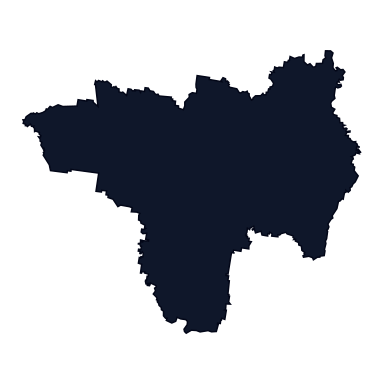 Hilltops, New South Wales, Australia
{"feature_id": "25037944B92973083305975", "entity_name": "Hilltops", "entity_type": "district", "adm_level": 2, "iso_a3": "AUS", "parent_name": "Australia", "parent_adm1": "New South Wales", "projection": "albers", "projection_center": [148.539, -34.416], "detail": "fine", "context": "isolated", "style": "filled", "palette": "ink", "viewbox_px": 384, "rotation_deg": 0, "n_neighbors": 0, "source": "geoboundaries", "source_scale": "gbopen_adm2", "svg_char_len": 5909}
<svg xmlns="http://www.w3.org/2000/svg" viewBox="0 0 384 384"><path d="M24.9,119.8L23.0,119.8L23.7,121.5L23.2,123.4L25.1,124.0L25.4,125.5L26.0,125.0L27.3,126.5L30.5,124.1L31.5,126.3L33.6,126.2L33.1,126.8L34.5,128.4L34.6,131.6L35.8,131.1L39.4,132.5L39.1,133.9L40.9,135.7L40.5,137.1L38.5,136.8L40.1,139.0L40.2,141.3L41.8,142.3L40.9,145.1L43.0,148.5L43.8,148.1L44.4,150.1L43.7,150.1L44.4,151.8L43.4,152.4L44.0,154.1L43.2,155.1L49.3,164.8L50.5,170.6L67.1,172.7L67.4,170.7L70.9,171.2L71.1,169.4L98.7,173.1L96.0,191.3L101.4,192.0L101.7,190.3L106.5,190.9L106.0,194.8L108.3,195.2L108.0,197.5L113.0,199.2L117.9,206.6L120.6,205.1L129.5,206.7L132.2,207.7L131.3,211.8L136.8,212.1L139.9,213.4L138.8,215.2L138.6,220.0L140.7,221.0L141.0,223.1L145.0,225.2L144.5,228.3L145.5,228.5L144.2,229.5L141.7,229.1L141.2,232.1L143.0,233.7L146.7,233.2L145.7,239.3L148.7,239.8L148.5,241.2L143.0,240.7L142.7,242.0L141.8,241.8L142.0,240.3L140.6,240.0L140.5,243.2L138.4,243.5L138.3,244.6L138.7,243.6L139.7,243.7L140.6,246.2L142.1,246.4L141.4,246.5L140.9,249.5L138.6,249.2L138.3,251.1L140.2,251.4L139.9,253.5L140.9,253.7L142.3,251.9L143.3,253.6L142.8,256.9L140.9,256.7L140.7,258.1L139.3,257.5L138.4,263.2L141.7,264.3L140.5,273.0L141.5,273.1L141.7,271.8L144.8,271.8L144.6,273.0L148.5,274.1L148.2,276.4L147.1,276.3L146.6,280.4L145.6,280.2L145.4,281.4L146.0,284.0L147.5,284.2L147.3,285.4L149.5,285.7L149.9,284.9L147.6,284.5L147.8,283.3L150.1,283.7L150.3,282.9L156.1,285.6L156.3,286.8L154.6,288.2L155.5,291.0L153.3,294.0L156.4,297.1L157.1,298.8L156.5,299.8L157.9,300.6L157.3,301.8L158.6,303.3L159.1,305.5L161.3,307.4L161.4,309.7L163.5,311.1L163.5,315.8L165.5,318.2L167.2,318.2L166.3,320.4L171.8,323.0L175.7,321.3L177.1,317.3L180.7,318.9L185.8,319.6L187.5,321.5L187.2,324.7L184.0,329.2L184.5,331.5L186.2,333.2L191.4,330.2L196.4,330.5L200.1,331.9L208.1,330.6L211.5,331.8L216.3,331.5L218.2,324.7L217.4,324.6L217.6,323.1L220.3,323.5L220.7,320.0L221.4,320.1L221.7,318.3L224.8,319.4L226.3,310.2L224.8,309.9L225.6,309.5L226.0,303.9L230.3,304.1L228.6,301.9L229.5,296.2L228.7,296.1L228.9,294.5L227.9,294.3L229.3,280.8L227.9,280.5L228.6,275.9L226.0,275.5L226.2,273.8L228.0,274.1L231.5,252.6L234.6,253.1L233.1,252.6L233.5,250.1L240.9,251.3L241.6,247.8L248.8,248.9L248.9,245.7L251.3,241.7L248.7,241.3L249.2,238.3L247.3,238.0L247.5,236.6L246.4,236.4L246.8,235.1L245.7,234.9L246.9,232.4L247.4,228.2L249.6,229.6L250.2,227.9L253.7,226.2L254.2,228.2L252.2,229.2L252.6,230.0L254.4,229.1L255.5,232.9L261.1,231.2L262.0,235.0L267.7,236.0L267.7,233.6L269.4,233.9L269.7,232.2L272.1,233.6L271.7,236.1L277.9,236.8L278.0,234.7L279.7,235.0L281.1,233.6L286.0,232.3L287.1,233.9L293.3,235.9L293.0,237.4L294.7,238.9L294.0,239.5L295.6,239.5L295.4,241.1L298.6,242.5L298.8,245.0L301.4,246.0L301.9,250.4L304.8,252.5L304.1,253.5L304.8,254.6L303.0,255.8L303.5,257.2L308.9,256.3L312.6,257.7L313.4,259.8L317.4,257.2L319.9,257.1L320.0,256.1L324.2,255.6L325.0,250.8L324.4,249.6L325.9,243.6L325.4,241.1L326.6,238.8L327.6,231.3L326.8,229.9L328.0,229.2L328.9,226.9L327.9,224.0L331.0,219.3L332.8,218.0L332.2,215.7L336.9,208.6L338.5,201.3L340.0,201.0L342.1,198.7L343.2,199.2L344.5,192.6L345.9,192.3L345.8,190.2L348.2,192.2L350.2,190.4L350.0,187.7L351.8,186.7L352.9,184.1L355.2,181.9L358.2,175.9L354.1,170.6L354.7,167.1L353.0,165.8L353.3,164.3L351.0,163.7L352.2,159.7L353.3,159.0L352.8,157.3L351.4,156.6L355.2,154.8L355.9,152.8L359.2,153.7L358.1,151.4L361.0,152.7L358.0,148.9L356.3,150.1L356.6,147.0L359.7,147.2L357.5,146.0L357.0,143.9L355.5,142.8L355.7,141.6L353.5,141.9L351.1,140.7L350.1,138.6L348.0,137.9L348.4,135.5L345.4,135.4L346.8,132.4L350.0,132.0L350.0,131.0L346.1,131.5L345.9,130.4L347.0,128.8L346.2,128.1L343.6,128.5L342.5,126.3L344.7,125.3L342.9,124.9L342.6,122.6L339.9,122.6L339.5,118.3L336.9,117.5L336.9,115.5L333.7,114.6L332.6,113.0L334.8,109.2L331.4,107.3L330.7,103.2L331.5,101.4L334.9,98.4L334.2,95.5L335.3,87.8L335.9,87.0L337.8,87.9L340.4,87.1L341.4,86.0L340.9,84.3L338.2,84.8L336.6,83.3L337.4,81.9L339.3,82.1L338.6,80.2L339.2,79.2L340.4,80.2L343.1,79.8L343.4,77.6L342.3,75.5L344.9,72.0L343.0,69.5L340.6,69.8L337.3,67.3L336.1,67.8L337.3,69.7L336.9,70.6L335.5,70.8L334.1,69.4L332.9,67.5L333.3,63.4L331.5,57.9L333.0,53.0L330.6,50.9L325.5,50.8L325.0,55.6L325.7,57.9L323.1,59.7L322.5,63.4L316.4,63.5L315.9,66.1L314.2,67.2L312.9,66.9L310.0,63.7L307.4,65.0L303.9,61.7L304.0,54.7L303.0,55.0L302.2,57.3L299.1,57.0L294.6,58.5L290.1,56.5L289.4,60.6L288.4,60.4L287.6,62.4L284.4,61.8L283.4,67.6L279.0,67.2L277.2,68.0L274.7,67.0L274.3,70.0L273.3,70.6L274.2,72.3L271.2,71.9L271.8,72.5L271.4,74.7L269.6,74.5L269.0,78.1L270.9,79.2L273.6,83.2L272.6,86.3L270.0,87.1L270.0,89.1L268.6,88.9L267.9,92.3L266.3,92.3L266.0,94.8L263.7,94.8L262.9,93.4L260.8,95.7L255.5,95.8L252.9,98.2L253.1,99.2L251.5,100.1L249.2,96.1L249.1,93.7L247.7,93.1L247.2,91.2L245.1,92.2L242.8,91.6L240.7,93.0L239.2,92.6L236.8,88.8L229.5,87.2L228.4,85.5L229.3,84.5L228.1,83.2L228.8,82.5L227.4,81.0L225.9,81.5L225.5,78.7L223.0,77.7L221.0,80.6L221.8,81.7L209.2,79.5L209.5,77.5L197.1,75.6L196.0,84.1L196.1,87.4L197.0,89.3L196.4,93.4L192.3,92.7L189.1,94.5L189.3,97.3L184.8,102.0L184.8,105.9L183.4,109.7L178.5,108.2L178.5,105.9L175.1,105.4L175.5,101.2L172.4,100.7L172.7,99.1L171.0,98.8L171.3,97.1L159.1,96.0L158.0,94.2L156.1,94.6L154.8,93.6L153.5,91.5L149.9,90.8L148.3,88.1L145.1,87.7L144.5,91.5L140.9,90.9L140.6,92.4L139.2,90.2L134.6,89.8L134.5,90.5L136.1,90.8L132.4,90.8L131.0,89.3L128.1,88.8L126.6,95.5L122.8,92.1L121.4,92.6L119.0,91.9L119.0,88.9L117.3,88.6L115.9,86.5L114.8,87.6L114.0,86.7L112.7,87.5L111.0,86.9L111.3,84.7L107.0,81.1L104.8,82.3L102.6,80.8L101.9,81.8L98.5,80.5L97.0,82.0L95.6,80.7L94.7,84.5L95.5,84.6L98.0,106.5L93.2,102.3L93.1,100.5L86.9,99.6L86.7,101.1L78.1,99.7L77.0,106.1L62.8,106.5L58.1,104.8L52.5,107.5L50.1,106.4L47.6,109.3L46.3,108.9L45.5,110.9L42.8,112.5L38.7,113.8L36.8,112.8L35.4,114.0L33.3,113.0L33.0,113.8L31.1,113.3L26.2,116.7L24.9,119.8Z" fill="#0f172a" stroke="#020617" stroke-width="1.5"/></svg>